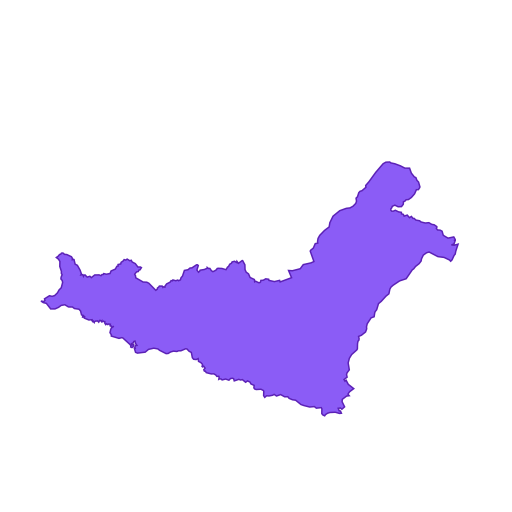 the district of PUI, Hunedoara, Romania, rotated 214°
{"feature_id": "2599482B55775977507449", "entity_name": "PUI", "entity_type": "district", "adm_level": 2, "iso_a3": "ROU", "parent_name": "Romania", "parent_adm1": "Hunedoara", "projection": "mercator", "projection_center": [23.151, 45.49], "detail": "fine", "context": "isolated", "style": "filled", "palette": "violet", "viewbox_px": 512, "rotation_deg": 214, "n_neighbors": 0, "source": "geoboundaries", "source_scale": "gbopen_adm2", "svg_char_len": 6136}
<svg xmlns="http://www.w3.org/2000/svg" viewBox="0 0 512 512"><g transform="rotate(214 256 256)"><path d="M109.7,161.9L109.7,163.4L108.8,165.6L107.2,167.6L102.9,170.8L98.7,172.2L97.3,173.4L99.3,174.7L100.5,174.2L102.7,175.7L101.0,177.2L99.1,177.0L98.2,180.5L103.1,183.3L104.3,185.4L102.6,190.5L100.6,192.3L102.3,192.8L102.6,193.5L102.5,195.8L100.8,200.7L107.7,201.2L111.8,203.4L112.2,202.0L114.0,202.8L112.7,206.5L114.6,208.3L115.2,210.0L115.0,213.8L119.8,218.9L121.4,223.4L121.6,227.8L119.9,234.5L120.0,235.7L122.7,239.9L123.8,242.3L123.6,243.6L124.2,245.0L126.0,246.7L124.3,249.2L122.7,254.3L123.5,257.5L124.8,259.1L125.9,262.0L126.0,269.1L124.1,271.7L125.8,275.3L126.1,276.6L125.9,278.9L127.8,285.0L126.8,288.5L125.8,295.4L124.7,299.0L126.5,303.4L126.7,305.7L126.0,308.4L123.0,315.7L118.8,321.1L118.7,332.0L118.1,333.5L117.9,336.5L116.5,340.9L116.3,344.2L117.2,346.2L117.8,350.3L116.4,354.1L114.7,356.1L104.9,357.2L99.3,360.0L93.3,360.9L91.7,360.5L91.3,362.4L92.1,367.3L91.9,368.9L93.1,371.8L95.1,378.8L97.7,375.8L100.2,374.4L98.6,376.7L99.4,379.8L100.0,380.0L99.6,380.4L100.1,381.1L102.7,382.4L106.8,378.2L111.2,377.9L112.5,378.0L115.6,380.6L117.8,380.4L120.1,379.1L121.9,379.7L122.2,381.2L122.6,381.5L125.8,381.5L128.0,380.5L131.3,380.3L134.1,378.0L138.2,376.5L140.1,376.7L143.5,375.2L146.0,375.6L146.8,374.9L149.3,375.7L150.2,373.6L153.5,374.5L155.5,371.9L157.1,372.9L159.0,372.3L159.9,373.5L162.5,372.3L166.1,371.8L167.2,370.0L168.4,369.1L169.8,369.3L170.6,370.5L170.4,371.9L170.8,373.4L169.3,375.8L165.7,376.3L163.0,378.3L162.8,381.2L164.1,383.4L163.2,384.8L163.0,386.6L161.2,388.0L159.9,391.4L159.3,396.2L160.1,400.7L158.5,401.8L158.5,403.8L158.7,404.9L162.6,408.2L164.9,408.7L167.3,410.4L169.0,410.1L173.6,411.6L177.8,414.7L181.7,412.1L186.7,411.5L192.5,410.1L196.2,408.6L197.7,408.7L200.8,406.4L202.2,403.6L203.5,392.4L203.9,380.7L204.5,375.8L203.3,374.4L204.7,369.3L205.9,367.9L206.2,366.0L205.0,361.8L205.4,359.9L203.3,357.6L202.7,355.4L203.4,351.5L205.0,348.4L207.8,346.0L211.9,340.4L214.4,332.1L213.4,324.9L211.6,321.0L213.5,315.5L214.7,308.8L214.4,305.3L213.2,302.6L212.0,301.2L213.8,299.4L212.9,294.6L213.9,291.4L213.8,290.4L204.9,283.8L206.6,281.0L212.0,275.3L212.2,270.2L217.6,264.1L220.9,262.2L214.4,257.9L221.5,248.0L222.8,249.0L226.4,245.1L231.6,243.0L232.5,243.8L235.2,242.5L236.4,240.0L238.3,238.5L237.7,236.9L238.0,236.0L239.1,235.3L242.2,234.9L242.7,233.9L244.2,235.6L248.9,234.9L252.2,237.0L255.1,237.1L257.5,238.6L260.3,242.5L264.5,244.7L264.9,244.5L266.5,240.1L268.8,240.9L268.3,239.8L270.9,239.6L272.5,237.7L272.3,236.3L273.2,234.5L272.9,231.9L273.4,230.9L273.2,227.9L277.3,226.6L280.6,224.6L281.2,223.9L281.2,222.4L281.9,220.7L283.0,218.9L284.8,218.9L287.3,219.9L288.4,219.1L290.0,219.2L289.6,218.6L291.3,215.9L294.4,213.0L294.2,211.9L294.6,210.4L297.1,211.3L298.5,215.8L299.5,216.0L300.4,215.4L302.5,210.3L304.0,209.1L304.7,206.6L307.3,204.0L305.7,198.2L306.0,196.1L305.3,193.9L306.4,192.2L307.4,192.3L308.7,190.6L311.5,189.7L311.3,188.8L312.6,188.1L312.6,186.3L314.5,182.9L314.6,180.1L314.1,179.2L315.7,178.6L315.7,178.0L316.9,178.6L319.3,177.0L319.3,175.6L319.8,174.4L319.3,173.2L319.9,171.5L329.6,173.5L331.9,173.2L335.0,171.3L343.5,170.7L345.1,172.5L346.2,172.8L346.4,173.7L346.1,176.1L344.9,177.3L345.2,178.8L344.4,179.7L344.5,182.3L345.8,182.2L347.7,180.8L351.8,182.2L355.3,181.8L357.1,182.7L357.9,181.5L361.1,181.4L361.7,179.8L363.3,179.3L363.4,177.5L364.3,175.3L363.7,173.8L365.6,171.8L364.7,170.6L365.6,169.6L365.3,166.5L367.8,162.5L367.2,159.9L369.9,157.2L372.4,156.3L372.3,155.3L373.3,154.5L373.5,153.0L375.5,152.6L379.1,150.1L380.4,146.0L382.4,146.3L384.1,144.1L387.2,144.7L387.9,143.9L387.7,142.7L389.2,143.7L390.6,142.4L390.7,143.5L393.9,145.9L398.9,148.4L401.4,148.1L404.9,151.3L405.5,151.2L406.2,150.2L407.1,151.5L408.6,152.2L413.7,151.4L415.8,150.2L417.1,150.6L418.4,150.1L418.9,149.5L418.9,148.2L419.7,147.4L419.9,145.2L420.7,143.1L417.9,142.9L415.5,141.8L412.8,137.6L408.7,134.4L407.7,132.8L406.3,132.1L405.7,129.4L404.9,127.9L402.9,127.3L401.5,125.9L399.7,120.8L400.3,117.8L400.0,114.4L400.8,110.6L402.5,108.5L405.0,107.6L407.4,102.2L406.1,101.2L406.4,99.7L409.1,98.4L406.3,98.4L403.3,99.5L396.6,97.3L393.0,99.8L391.0,103.0L389.9,106.1L387.2,108.7L383.0,108.9L379.6,111.1L377.2,110.9L373.0,112.9L370.7,112.3L367.7,109.6L366.4,109.9L365.6,108.4L365.0,109.0L365.5,110.0L364.1,109.8L364.4,108.9L363.6,108.5L358.8,109.5L356.3,111.5L355.9,110.7L354.8,111.1L354.6,109.7L354.2,110.8L352.9,110.4L353.1,111.1L352.8,112.1L351.0,113.6L349.4,113.2L349.6,115.2L348.9,115.6L347.8,115.3L347.6,116.2L346.8,115.3L345.9,116.8L345.0,116.6L344.6,117.0L343.7,115.7L342.2,115.1L342.1,116.2L340.5,116.3L340.4,117.0L338.6,118.0L338.0,116.6L336.9,117.0L336.5,116.4L335.7,116.4L334.6,118.3L335.5,115.7L335.5,114.2L334.2,110.8L331.9,109.8L331.2,108.7L323.5,111.1L321.7,113.2L320.7,113.6L311.1,112.2L309.6,111.7L309.0,110.5L308.0,110.6L307.5,110.9L307.2,112.6L307.9,114.2L309.2,112.8L310.2,113.7L309.2,115.4L309.5,116.8L308.7,117.8L306.8,116.1L304.7,115.3L305.9,114.3L305.4,112.6L304.6,112.0L305.3,111.5L302.0,108.8L300.0,109.2L294.1,114.3L292.9,118.5L289.2,122.4L285.4,124.1L283.2,123.9L275.9,124.8L274.3,126.1L273.2,128.6L271.2,131.0L268.2,132.6L267.2,134.1L265.2,135.5L262.4,139.8L261.3,140.3L258.1,139.6L255.7,139.9L251.9,136.1L250.0,135.5L247.7,136.7L246.6,138.6L244.7,136.5L242.2,136.8L240.0,136.3L239.4,135.8L239.0,134.3L238.2,134.2L237.7,135.4L235.5,134.6L235.7,132.5L234.4,131.7L233.6,132.2L232.0,131.5L227.2,133.2L225.1,134.7L222.9,134.9L221.1,134.3L219.6,135.5L218.8,134.9L217.9,133.0L217.4,133.9L216.0,134.5L214.8,134.3L212.4,137.0L209.0,137.9L208.6,140.2L207.1,141.5L206.0,141.8L204.2,140.3L201.3,144.1L199.4,144.6L198.2,145.9L194.0,145.5L193.2,147.7L190.5,148.1L188.6,147.1L185.2,147.7L184.0,145.5L182.8,145.0L181.2,145.4L177.4,148.3L174.7,148.6L174.0,148.3L171.6,144.5L169.7,143.7L169.1,146.0L166.9,147.3L164.3,149.9L163.6,151.4L160.7,151.4L158.1,154.9L153.5,155.3L151.0,157.1L148.9,156.5L145.4,157.2L142.5,158.6L135.7,158.0L132.7,158.8L127.1,160.8L123.4,163.8L120.9,163.6L117.1,166.8L115.9,166.1L113.3,162.1L111.7,161.6L109.7,161.9Z" fill="#8b5cf6" stroke="#5b21b6" stroke-width="1.5"/></g></svg>